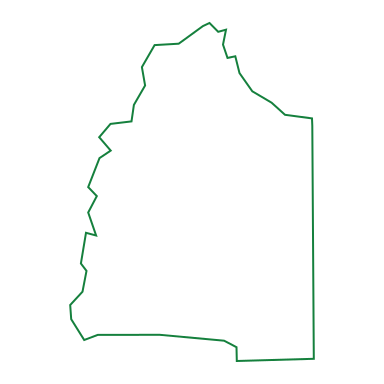 outline of Gilchrist, Florida, United States of America
{"feature_id": "52423323B24171754221857", "entity_name": "Gilchrist", "entity_type": "district", "adm_level": 2, "iso_a3": "USA", "parent_name": "United States of America", "parent_adm1": "Florida", "projection": "robinson", "projection_center": [-82.847, 29.749], "detail": "fine", "context": "isolated", "style": "outline", "palette": "green", "viewbox_px": 384, "rotation_deg": 0, "n_neighbors": 0, "source": "geoboundaries", "source_scale": "gbopen_adm2", "svg_char_len": 591}
<svg xmlns="http://www.w3.org/2000/svg" viewBox="0 0 384 384"><path d="M141.9,67.1L145.1,85.5L133.9,104.9L131.5,121.4L110.5,123.9L99.2,137.2L110.7,150.6L99.5,158.1L88.2,187.1L96.8,196.1L88.2,212.5L96.1,235.5L86.0,232.8L80.9,263.5L86.5,270.9L82.5,291.7L70.2,305.0L71.2,319.2L84.2,340.0L97.7,334.9L159.7,334.8L224.1,340.7L236.5,347.2L236.8,361.0L313.8,358.8L312.3,126.0L312.0,118.4L285.0,114.8L271.6,102.7L252.3,91.3L239.5,73.1L235.3,56.3L227.5,57.9L223.0,44.6L226.0,29.7L218.2,31.8L209.5,23.0L202.9,26.1L178.7,43.7L154.6,45.1L141.9,67.1Z" fill="none" stroke="#15803d" stroke-width="2"/></svg>